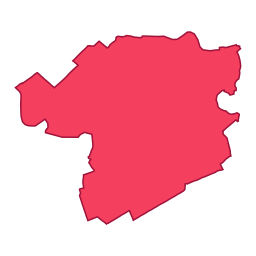 Ogrezeni, Giurgiu, Romania
{"feature_id": "2599482B64620511258400", "entity_name": "Ogrezeni", "entity_type": "district", "adm_level": 2, "iso_a3": "ROU", "parent_name": "Romania", "parent_adm1": "Giurgiu", "projection": "natural_earth1", "projection_center": [25.753, 44.398], "detail": "fine", "context": "isolated", "style": "filled", "palette": "rose", "viewbox_px": 256, "rotation_deg": 0, "n_neighbors": 0, "source": "geoboundaries", "source_scale": "gbopen_adm2", "svg_char_len": 5623}
<svg xmlns="http://www.w3.org/2000/svg" viewBox="0 0 256 256"><path d="M18.3,85.5L17.9,85.9L17.3,86.3L16.6,86.7L15.4,87.6L19.3,91.3L20.7,93.4L21.1,95.7L20.7,104.4L21.0,114.2L21.3,117.2L22.5,121.7L23.0,122.4L23.6,123.0L25.2,124.6L28.0,125.6L30.6,125.9L35.3,125.9L45.0,119.2L47.8,123.3L48.0,127.3L47.9,127.8L46.4,129.3L45.5,131.1L45.5,132.7L62.3,137.2L75.5,137.2L78.1,137.3L78.5,136.7L80.5,134.4L84.6,132.4L91.8,134.3L92.3,138.4L92.9,144.7L92.9,146.7L92.1,149.4L91.7,149.7L91.4,150.4L91.0,151.8L90.5,153.3L90.1,154.2L89.5,155.9L89.3,156.0L89.2,156.2L89.0,156.4L88.7,156.6L88.3,156.8L88.3,157.5L88.5,158.1L88.7,158.3L88.9,158.5L89.4,158.6L89.6,158.7L89.9,159.0L90.0,159.0L90.3,159.0L90.5,159.0L90.8,159.1L90.8,159.3L90.8,159.5L90.7,159.8L89.9,160.6L89.7,160.8L89.4,161.2L89.3,161.4L89.2,161.6L89.2,162.3L89.2,162.5L89.3,162.6L89.3,162.8L89.0,163.0L89.7,163.5L89.9,163.9L90.2,164.8L90.8,165.8L91.2,166.4L91.5,167.0L92.4,168.3L92.7,168.6L93.3,169.1L93.6,169.4L94.0,170.3L94.1,170.8L94.1,171.0L93.9,171.2L92.4,171.8L90.7,172.4L90.3,172.6L89.5,172.8L88.5,173.2L83.5,174.9L83.5,175.5L83.5,176.4L83.5,177.2L83.3,178.2L83.1,179.6L82.9,181.9L82.9,182.8L83.0,183.2L83.1,183.9L83.2,184.5L83.4,186.0L83.7,187.4L83.7,187.7L83.7,187.9L83.7,188.0L82.0,188.4L80.8,188.7L80.3,188.8L79.9,188.9L79.8,189.0L79.6,189.2L79.5,189.4L79.5,189.5L79.5,189.8L79.8,190.5L80.3,192.3L80.4,192.8L80.4,193.0L80.4,193.4L80.3,193.8L80.2,194.1L80.0,194.4L79.9,194.6L79.6,195.2L79.6,195.4L79.6,195.7L80.9,199.7L81.3,200.9L82.0,203.2L82.4,204.4L82.8,205.6L84.0,209.2L84.8,211.5L86.7,217.1L87.9,220.6L97.5,216.8L98.5,217.7L102.0,220.5L102.6,220.9L104.0,221.9L104.7,222.5L105.1,222.9L105.6,223.2L106.2,223.8L106.4,224.0L106.7,223.7L106.9,223.6L108.0,223.3L112.6,220.6L116.9,218.0L120.2,216.0L121.2,215.3L122.0,214.8L125.8,212.7L129.3,210.5L130.0,212.2L130.9,214.4L131.3,215.2L133.0,219.3L133.3,220.3L134.1,219.7L135.7,218.8L137.9,217.6L139.8,216.3L144.0,214.0L145.0,213.4L146.3,212.6L148.8,211.0L151.4,209.7L152.3,209.1L155.0,207.5L155.7,207.2L157.0,206.3L157.6,206.0L158.8,205.2L161.8,203.6L164.5,202.1L165.5,201.6L169.3,199.3L172.6,197.3L173.3,197.0L174.0,196.6L175.6,195.7L176.3,195.2L178.0,194.1L179.6,193.4L180.4,192.8L182.5,191.6L183.4,191.0L184.6,189.8L185.0,188.8L184.9,188.5L184.9,188.1L184.9,187.6L185.2,186.1L185.2,185.7L185.2,185.2L185.0,184.1L186.4,183.6L187.0,183.9L187.8,183.8L188.2,183.5L194.5,180.8L196.9,180.2L200.6,178.4L202.2,177.6L204.9,176.7L212.3,173.5L215.4,172.3L217.0,171.1L219.4,170.4L219.9,170.3L222.1,169.9L223.0,169.5L222.5,168.8L220.4,164.1L220.6,164.0L221.4,163.2L222.5,162.7L223.7,161.5L224.9,160.3L225.0,160.1L225.7,159.3L226.8,158.4L227.8,157.8L229.3,156.6L229.9,156.2L230.9,156.0L230.4,153.7L230.3,152.9L230.3,151.9L230.1,150.7L229.9,150.2L229.9,149.6L229.7,148.7L229.6,147.9L229.4,147.5L228.3,143.5L227.6,140.6L227.1,138.2L226.6,137.6L225.3,136.2L224.4,135.4L223.0,134.0L223.1,132.7L223.2,132.0L222.8,131.0L224.4,129.9L225.4,128.8L226.1,128.2L231.1,124.0L234.3,121.3L235.4,120.3L235.8,120.0L237.5,121.5L238.4,121.0L238.2,120.1L238.9,116.5L239.2,115.4L239.3,114.3L239.1,114.2L238.9,114.0L238.7,113.8L238.2,113.5L237.2,112.9L236.9,112.9L236.7,112.9L236.3,113.0L235.4,113.5L234.9,113.7L233.6,113.9L233.0,113.9L232.3,114.2L231.7,114.2L231.3,114.2L230.6,114.1L230.0,114.0L229.7,113.9L229.0,113.5L227.9,112.8L227.3,112.3L226.7,111.6L226.4,111.2L226.1,111.1L225.7,110.9L224.6,110.8L223.9,110.6L223.5,110.5L222.3,109.9L221.0,109.4L220.5,109.1L220.0,108.8L219.5,108.4L218.5,107.4L218.2,106.9L217.9,106.2L217.8,105.8L217.7,105.2L217.6,104.0L217.5,103.7L217.3,103.3L216.8,101.6L216.5,100.9L216.4,100.3L216.2,100.2L216.2,99.8L216.2,99.7L216.3,99.3L216.9,95.9L216.9,95.7L217.3,95.1L217.4,94.8L217.5,94.6L220.0,92.4L222.5,90.4L224.2,90.1L224.2,91.5L225.2,91.6L226.1,92.2L227.5,92.7L228.4,93.2L229.1,93.9L229.6,94.8L229.8,95.0L230.2,95.0L231.6,94.7L232.8,94.3L233.8,94.1L233.9,92.7L234.2,91.7L234.4,90.6L236.1,90.5L236.2,88.1L235.8,87.4L234.8,85.5L235.2,82.7L236.9,80.2L238.8,78.8L239.1,77.0L239.6,74.7L239.8,72.2L239.4,70.9L240.2,68.5L240.6,66.8L240.6,65.6L240.3,62.6L240.1,61.7L239.8,59.8L238.8,56.1L238.0,53.9L236.8,52.1L238.9,50.0L239.2,49.7L240.5,48.8L240.5,48.5L239.4,47.3L239.4,46.7L239.7,46.3L239.5,46.1L239.1,46.0L238.3,45.8L236.6,45.6L236.3,44.8L225.3,47.7L224.1,47.1L219.9,47.3L219.4,47.6L219.5,49.8L215.1,50.1L210.0,50.8L202.9,49.8L200.0,46.9L197.7,39.5L194.4,34.0L190.4,32.0L187.4,32.1L183.3,35.2L177.3,39.3L172.4,39.5L163.8,36.2L158.3,36.5L142.5,36.0L141.5,37.5L141.0,37.5L139.9,37.6L137.9,37.5L136.7,37.3L134.3,37.1L132.3,36.6L130.8,36.0L130.4,36.1L129.9,36.0L128.7,35.8L127.1,35.6L126.6,35.6L126.3,35.7L125.9,35.8L125.2,36.1L124.5,36.4L124.1,36.6L123.7,36.7L122.5,36.7L120.6,36.7L120.0,36.6L119.3,36.4L118.7,36.3L118.3,36.4L117.7,36.4L117.1,36.6L116.6,36.9L116.1,37.4L116.0,37.7L116.0,38.3L116.0,38.9L115.9,39.3L115.7,39.9L115.4,40.4L115.0,40.8L114.8,41.4L114.1,41.7L113.8,41.7L113.6,41.8L112.5,42.7L111.5,43.4L111.4,43.6L110.8,44.1L109.9,44.9L109.2,46.2L107.3,48.0L104.4,45.6L99.1,41.2L97.9,42.3L95.6,44.4L94.4,45.6L93.8,46.1L93.4,46.0L92.3,46.0L91.9,46.0L91.5,46.0L91.0,45.9L89.3,45.7L88.8,45.8L88.3,45.7L87.9,45.8L86.7,47.2L85.8,48.1L84.2,49.7L83.2,50.5L80.5,53.1L79.1,54.6L78.1,55.5L74.3,59.5L72.8,60.8L76.2,63.6L77.6,64.8L78.1,65.2L73.0,69.9L71.4,71.4L69.2,73.6L66.9,76.1L66.3,76.8L64.0,79.0L61.0,81.8L54.2,87.7L53.1,86.6L51.1,85.0L49.6,83.5L46.1,80.5L43.4,78.3L43.3,77.9L42.7,77.4L42.3,77.2L40.2,75.3L39.3,74.4L37.4,72.7L36.8,72.9L34.6,74.4L33.8,75.1L33.3,75.5L32.9,76.0L31.9,76.8L27.3,80.0L25.9,81.0L23.1,82.9L22.5,83.5L22.1,83.0L20.6,83.7L19.0,84.8L18.3,85.5Z" fill="#f43f5e" stroke="#9f1239" stroke-width="1.5"/></svg>